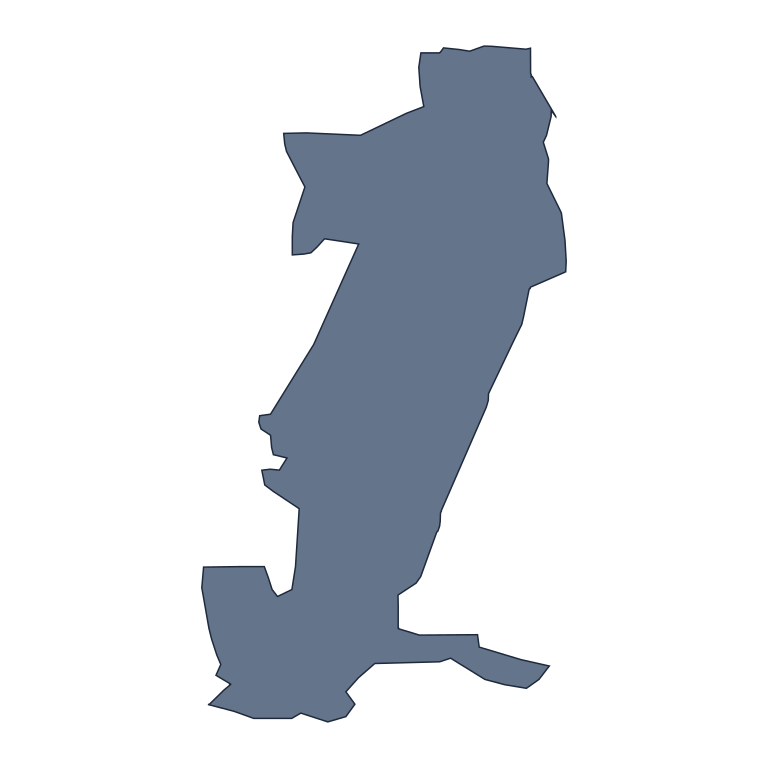 Magtymguly, Balkan, Turkmenistan
{"feature_id": "10190150B5540422332593", "entity_name": "Magtymguly", "entity_type": "district", "adm_level": 2, "iso_a3": "TKM", "parent_name": "Turkmenistan", "parent_adm1": "Balkan", "projection": "natural_earth1", "projection_center": [56.485, 39.153], "detail": "fine", "context": "isolated", "style": "filled", "palette": "slate", "viewbox_px": 768, "rotation_deg": 0, "n_neighbors": 0, "source": "geoboundaries", "source_scale": "gbopen_adm2", "svg_char_len": 1841}
<svg xmlns="http://www.w3.org/2000/svg" viewBox="0 0 768 768"><path d="M229.8,684.4L230.4,684.7L223.9,690.1L209.5,704.2L208.0,704.5L234.0,711.3L253.8,718.4L291.7,718.4L300.8,713.1L311.6,716.6L327.8,721.9L345.9,716.6L354.9,704.2L345.9,691.8L358.5,677.7L374.8,663.5L439.7,661.8L450.6,658.2L484.9,679.4L504.7,684.7L526.4,688.3L539.0,679.4L549.3,666.0L520.9,659.6L479.2,647.1L477.5,634.7L419.4,635.1L398.7,628.8L398.7,628.3L398.2,628.2L398.2,605.9L398.0,595.1L398.2,594.9L416.1,583.1L420.7,576.6L436.7,532.2L437.9,531.1L439.6,526.2L440.2,521.3L440.5,512.9L441.4,511.1L441.4,510.4L486.3,407.2L488.3,400.3L488.5,393.7L498.5,372.7L513.6,341.0L521.5,324.9L521.7,324.6L523.6,316.6L529.2,289.0L530.1,288.6L530.4,287.2L565.7,271.8L566.2,261.1L565.0,240.5L561.4,213.1L560.7,211.5L546.9,183.5L548.5,161.5L548.5,158.9L543.3,142.2L546.5,135.4L551.1,116.6L551.3,110.8L551.3,110.5L555.7,116.5L555.7,116.4L532.3,76.5L531.2,76.9L531.2,76.6L531.2,74.5L530.6,73.5L530.5,48.2L526.0,49.2L491.6,46.3L484.3,46.1L483.6,46.2L469.7,51.2L459.0,49.5L443.5,47.9L440.1,52.6L439.5,52.6L439.3,52.9L420.9,52.9L418.8,67.3L420.1,86.4L423.8,106.6L406.2,113.4L360.5,135.3L306.5,132.9L283.7,133.4L284.7,143.8L286.5,151.4L292.9,163.8L300.8,179.1L304.8,186.7L304.9,187.0L293.1,222.5L292.3,236.5L292.3,254.9L303.7,254.1L310.9,252.8L317.2,246.9L323.7,239.7L324.6,238.8L343.2,241.6L358.7,244.0L313.7,344.5L270.5,414.2L259.7,415.7L258.8,422.2L261.0,429.0L270.5,435.2L270.6,435.9L271.6,447.4L273.4,454.7L273.5,454.7L286.6,457.9L287.0,458.0L281.5,466.7L279.4,470.1L270.2,469.2L261.8,470.2L264.8,485.0L273.4,491.5L285.6,499.6L299.2,508.7L295.5,566.6L291.9,589.5L277.5,596.5L272.1,589.5L268.3,577.6L264.3,566.6L241.4,566.6L203.6,567.1L201.8,587.7L208.9,628.2L211.6,639.1L216.8,655.0L220.8,664.4L216.0,675.3L230.3,683.9L229.8,684.4Z" fill="#64748b" stroke="#1e293b" stroke-width="1.5"/></svg>